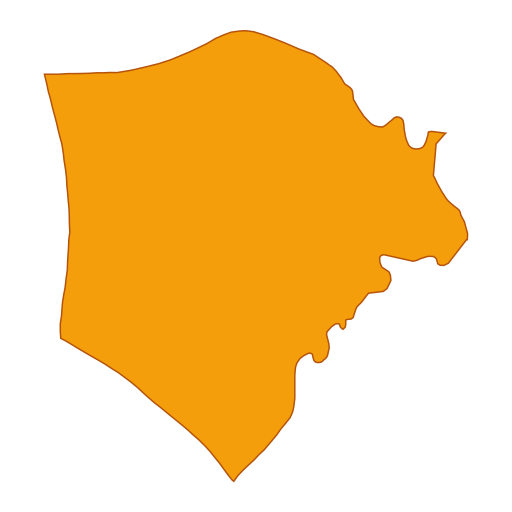 the district of Ma'rib City, Ma'rib, Yemen
{"feature_id": "15242507B93077253954645", "entity_name": "Ma'rib City", "entity_type": "district", "adm_level": 2, "iso_a3": "YEM", "parent_name": "Yemen", "parent_adm1": "Ma'rib", "projection": "mercator", "projection_center": [45.317, 15.424], "detail": "fine", "context": "isolated", "style": "filled", "palette": "amber", "viewbox_px": 512, "rotation_deg": 0, "n_neighbors": 0, "source": "geoboundaries", "source_scale": "gbopen_adm2", "svg_char_len": 3062}
<svg xmlns="http://www.w3.org/2000/svg" viewBox="0 0 512 512"><path d="M233.8,481.3L237.8,475.7L243.1,470.1L248.6,464.9L254.3,459.7L258.9,454.7L264.1,449.9L268.4,444.8L272.8,439.6L277.1,434.4L280.9,428.9L286.1,422.7L290.1,417.6L291.8,413.9L292.8,411.1L293.7,407.2L294.8,398.6L294.8,375.8L295.1,371.0L295.6,366.9L296.9,362.9L300.1,358.4L303.5,355.8L308.3,353.3L309.9,353.1L311.6,353.6L312.4,354.5L313.0,357.4L313.7,359.9L314.6,361.3L315.7,362.1L317.3,362.5L319.3,362.5L320.9,362.2L322.2,361.5L323.5,360.1L325.8,358.3L327.4,355.9L329.2,347.9L328.8,343.6L326.6,334.8L326.8,332.2L328.5,330.1L331.9,326.4L335.6,323.9L338.0,323.7L339.4,324.1L339.7,325.2L340.4,327.0L342.0,328.7L343.0,329.3L345.1,327.3L345.7,324.8L345.8,322.5L345.7,320.9L345.7,320.2L346.2,319.8L347.4,319.4L351.3,319.0L353.1,317.6L353.7,315.7L355.7,309.5L357.1,306.6L361.8,301.9L366.1,296.2L368.5,293.2L383.3,291.4L387.0,288.6L390.9,280.5L390.4,275.2L389.0,271.9L381.8,267.1L380.0,262.7L379.6,257.8L381.0,255.5L383.9,254.7L412.9,261.2L414.8,260.9L418.0,259.9L419.8,258.9L427.3,256.5L429.7,256.3L433.6,256.5L436.3,258.6L437.8,263.8L440.2,265.3L443.8,265.4L448.3,263.3L466.5,239.7L467.3,239.7L467.6,233.7L464.4,221.8L460.8,215.1L460.4,212.7L459.3,210.4L457.5,208.7L454.5,206.4L450.9,203.4L448.4,201.1L446.4,198.8L441.3,190.9L441.0,190.2L437.5,184.0L434.5,177.5L433.4,175.6L436.1,143.9L438.2,141.5L445.1,133.6L445.6,133.2L431.5,131.4L428.8,131.8L428.1,132.8L428.0,134.8L425.9,141.8L424.3,145.1L422.7,147.2L420.6,148.3L418.5,148.8L415.8,149.0L412.6,148.4L410.3,147.0L408.7,145.3L406.9,141.3L405.9,138.3L405.5,136.8L405.3,135.7L405.1,134.5L404.2,129.6L403.8,124.2L403.0,120.3L401.2,118.1L398.7,117.1L396.3,116.9L394.1,117.9L392.7,119.3L389.7,121.8L386.1,124.9L382.8,126.9L379.4,126.9L374.3,125.7L371.1,123.8L367.9,120.6L363.8,116.2L358.9,108.9L355.7,103.3L353.5,99.5L352.8,93.3L352.5,91.1L351.8,89.6L350.2,87.7L346.8,85.3L344.6,83.8L341.2,77.9L336.1,71.1L332.2,67.0L328.1,64.3L327.9,63.9L313.3,54.3L299.1,49.1L292.9,46.4L285.9,43.4L275.2,39.1L262.8,34.5L253.5,31.7L245.4,30.7L239.6,31.0L231.1,32.2L224.0,34.8L215.8,38.3L206.9,43.6L190.5,51.5L170.1,60.0L158.2,63.8L144.5,67.2L130.5,70.4L116.9,72.6L110.1,72.5L103.4,72.8L96.6,72.8L89.1,73.3L81.8,73.5L74.9,73.6L68.1,73.6L59.1,74.2L51.8,74.2L44.4,74.2L45.2,77.5L46.8,84.1L48.4,91.8L50.4,98.7L52.4,107.2L54.3,114.4L56.5,122.6L58.1,129.7L59.8,136.5L61.8,143.7L63.3,153.1L64.1,160.4L65.6,170.0L66.5,177.5L66.8,184.8L67.6,192.7L68.3,201.3L69.0,208.3L69.3,216.5L69.4,223.6L69.8,232.0L68.8,239.8L68.5,248.2L68.0,255.3L67.6,262.1L67.3,270.0L66.1,278.7L65.1,287.6L63.8,294.3L62.6,301.7L62.0,308.4L61.5,315.9L60.3,323.7L60.3,331.5L60.8,338.4L66.6,341.4L73.0,345.3L79.6,349.3L85.5,352.8L92.6,356.9L98.8,360.4L105.5,364.4L112.3,368.9L118.0,372.4L124.6,377.3L130.6,381.8L137.5,387.5L143.3,392.9L148.8,397.9L154.6,402.9L160.1,407.1L165.8,411.8L171.5,416.5L177.6,421.4L182.8,425.7L188.1,430.2L193.0,434.8L198.8,439.8L205.1,446.0L210.3,451.7L214.8,457.4L219.3,462.9L223.8,469.1L227.9,474.7L232.3,480.2L233.8,481.3Z" fill="#f59e0b" stroke="#b45309" stroke-width="1.5"/></svg>